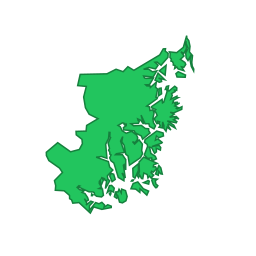 an SVG outline of Troms, rotated 155°
{"feature_id": "NOR-900", "entity_name": "Troms", "entity_type": "County", "adm_level": 1, "iso_a3": "NOR", "parent_name": "Norway", "parent_adm1": "", "projection": "albers", "projection_center": [18.955, 69.32], "detail": "fine", "context": "isolated", "style": "filled", "palette": "green", "viewbox_px": 256, "rotation_deg": 155, "n_neighbors": 0, "source": "natural_earth", "source_scale": "10m", "svg_char_len": 5818}
<svg xmlns="http://www.w3.org/2000/svg" viewBox="0 0 256 256"><g transform="rotate(155 128 128)"><path d="M164.4,147.8L151.2,149.1L157.4,156.9L158.0,164.4L155.1,174.8L148.2,183.3L155.7,187.7L148.7,196.8L124.2,186.0L114.0,186.3L108.6,181.1L102.2,183.6L98.3,177.8L68.4,180.8L62.6,184.8L60.5,184.0L61.8,182.0L60.1,178.7L61.9,175.2L71.5,170.9L73.8,175.5L75.8,176.2L74.2,172.2L78.1,169.9L83.4,174.1L89.1,174.7L84.4,172.5L82.1,168.6L77.8,167.6L83.7,163.6L91.9,168.5L91.9,166.4L90.8,165.4L83.9,162.5L90.2,158.2L93.8,159.7L93.2,158.2L90.2,156.7L90.6,155.3L83.0,157.6L85.8,153.3L84.7,150.8L89.7,144.1L88.5,143.1L89.3,142.3L101.8,139.9L99.7,138.2L100.7,134.5L97.7,134.0L98.1,130.5L101.6,125.8L102.7,121.9L102.1,118.3L104.8,116.2L107.8,120.3L107.3,123.1L110.7,124.6L110.7,134.2L112.3,125.0L113.2,129.6L115.4,132.2L115.7,130.5L115.0,129.3L116.5,127.9L123.5,130.6L122.0,127.6L114.8,124.7L112.6,120.3L109.6,118.6L110.4,116.7L110.1,114.2L119.5,111.7L119.3,115.2L123.4,120.5L123.5,122.8L132.7,128.1L132.0,130.3L128.6,130.9L127.6,132.9L129.5,131.5L130.0,133.0L129.4,133.7L130.8,135.0L136.0,134.6L134.5,132.4L134.4,127.8L131.9,124.0L126.2,123.5L123.2,118.0L123.3,115.0L124.9,113.1L128.0,111.8L129.7,113.8L128.8,110.6L123.0,112.6L121.8,107.3L125.2,101.7L125.6,98.7L129.3,95.8L142.4,93.7L139.8,102.5L141.1,105.2L138.8,113.9L139.4,118.2L136.4,122.5L140.3,119.3L141.5,107.3L149.4,109.6L150.7,109.1L144.4,106.2L143.4,100.3L147.8,90.9L146.9,96.5L147.9,96.2L151.6,83.8L151.7,88.1L152.5,89.7L152.4,85.0L154.0,81.9L157.7,87.3L155.6,102.2L157.3,105.5L157.2,108.7L154.7,110.8L155.5,111.9L154.7,113.9L155.0,116.1L153.4,117.3L152.4,122.7L147.8,126.7L148.3,127.6L146.2,131.6L147.0,132.1L150.0,126.8L155.1,122.7L159.9,109.4L164.1,113.4L169.2,115.0L160.0,105.9L161.1,100.4L159.5,96.3L166.9,93.4L167.8,90.5L166.9,87.8L174.1,82.7L169.4,89.6L170.9,90.1L170.7,92.0L172.7,94.1L173.4,93.4L172.0,91.5L176.1,87.8L176.4,89.3L175.2,92.4L176.5,91.8L177.5,89.9L177.0,85.5L179.8,85.4L176.9,83.6L178.7,77.4L181.1,76.7L185.3,79.4L186.5,81.7L185.9,83.7L186.7,84.8L190.4,86.7L198.1,95.8L196.3,95.9L196.9,96.5L199.2,95.7L198.0,92.7L194.4,89.7L196.9,89.1L194.7,86.8L194.0,82.1L194.3,79.4L196.6,79.1L197.4,82.4L197.1,76.9L198.6,75.8L192.6,77.4L190.9,75.7L195.8,73.8L197.9,69.5L188.9,74.1L186.3,71.6L183.1,71.7L181.8,68.1L183.2,66.3L178.8,67.0L176.2,64.2L176.8,63.0L186.1,65.3L192.5,71.0L198.1,66.8L203.9,81.1L209.8,83.2L209.5,86.8L210.8,88.6L209.5,91.6L212.4,98.1L220.2,102.3L217.9,106.3L216.9,111.4L206.2,115.4L207.0,120.6L213.5,131.9L213.6,137.5L212.3,140.5L197.9,144.4L190.1,130.7L181.2,129.1L176.0,133.0L174.5,137.2L177.8,143.7L176.5,146.9L167.3,142.9L164.4,147.8ZM100.0,119.7L100.4,125.3L96.2,127.1L96.2,130.6L97.2,132.1L95.0,133.0L98.2,136.5L97.7,137.4L85.0,139.6L86.1,136.2L84.7,136.3L77.3,144.4L76.5,146.7L77.9,147.2L75.6,149.4L73.4,149.0L76.0,145.1L75.3,144.2L68.0,146.1L66.8,143.7L68.0,141.5L69.9,142.7L69.9,141.1L74.0,140.8L74.1,138.8L77.1,136.0L70.2,136.2L70.8,134.8L69.8,134.3L75.0,134.0L76.6,132.1L75.6,132.4L75.2,129.7L73.9,131.1L72.5,130.5L73.2,129.0L70.6,128.9L76.3,128.2L74.2,125.7L75.9,125.2L75.3,124.5L70.1,124.5L71.4,122.2L80.1,122.4L83.1,124.4L80.3,121.0L85.7,120.1L79.4,118.1L78.1,114.6L81.2,117.6L81.0,116.2L83.2,116.2L81.0,113.2L82.1,112.3L89.4,117.8L85.3,111.2L85.2,107.9L89.8,114.5L90.7,113.7L90.0,108.0L92.2,112.3L94.9,109.0L95.7,112.6L94.4,115.0L94.0,118.9L96.9,113.6L99.6,115.6L97.8,116.5L97.9,118.8L96.7,120.3L98.3,121.6L98.9,119.5L100.0,119.7ZM44.4,152.0L44.6,157.1L42.9,163.8L39.9,167.6L45.1,163.8L45.6,167.1L44.1,171.4L39.8,174.9L39.7,179.9L38.6,182.1L40.3,180.7L40.8,176.5L42.0,174.9L45.9,172.0L47.8,174.8L46.8,169.6L51.5,168.1L48.7,163.3L48.8,161.2L51.7,159.4L53.6,160.8L53.1,156.3L57.6,160.3L58.0,162.7L60.6,162.2L58.9,164.6L60.4,166.0L59.6,167.3L59.6,169.4L60.8,170.5L59.6,172.3L60.2,174.2L58.3,177.6L58.3,179.5L52.0,175.7L43.8,177.7L35.8,186.9L36.7,184.5L36.0,181.5L37.3,175.8L40.2,171.0L38.9,166.4L42.4,160.6L43.6,157.0L43.5,153.6L44.4,152.0ZM123.1,92.1L124.6,96.7L118.1,103.0L117.5,105.0L119.1,108.0L117.4,110.3L103.2,113.1L98.3,108.7L99.2,105.8L104.3,106.2L105.6,108.8L108.3,105.4L105.6,105.5L103.1,100.5L103.8,100.1L114.1,101.1L107.2,99.1L106.6,96.5L108.0,94.3L110.9,97.7L112.3,94.4L114.6,93.8L114.9,100.3L117.3,102.1L116.7,100.8L118.0,95.3L115.2,90.8L115.3,88.0L118.8,88.0L119.7,89.5L119.2,90.9L123.1,92.1ZM137.3,80.4L139.4,78.6L139.7,80.9L136.3,83.3L132.3,92.5L126.1,95.0L116.5,83.6L120.3,83.8L121.5,82.1L119.4,81.2L119.4,78.9L123.9,77.3L124.9,78.8L126.0,77.8L124.7,74.4L128.2,72.9L128.8,75.3L131.0,74.3L130.2,77.7L132.7,80.5L136.1,75.8L137.1,76.5L137.3,80.4ZM166.4,72.7L166.0,75.2L164.0,74.3L162.0,76.3L161.6,71.9L159.6,75.3L156.7,72.3L157.7,66.3L160.6,62.9L164.7,62.5L167.0,64.4L165.9,71.1L166.4,72.7ZM146.8,69.3L151.0,71.7L146.8,75.5L141.9,75.0L139.8,66.5L136.0,62.1L139.3,59.2L142.8,67.8L144.5,64.6L146.8,69.3ZM142.9,79.6L144.0,81.7L140.7,89.4L133.8,91.2L136.5,85.2L142.9,79.6ZM77.4,157.9L77.9,155.9L80.3,156.2L83.3,160.0L77.6,165.0L74.3,156.3L79.2,160.4L77.4,157.9ZM54.7,149.8L62.0,153.5L61.6,157.0L58.7,157.8L53.5,151.7L54.7,149.8ZM72.0,160.2L75.5,166.6L67.0,168.7L72.0,160.2ZM129.0,65.7L128.6,70.4L127.3,71.8L123.0,69.2L125.5,68.7L126.4,65.6L125.3,63.1L127.2,61.9L128.2,62.2L129.0,65.7ZM115.1,78.0L116.4,71.7L117.8,72.7L118.4,75.7L120.5,72.4L122.5,74.7L115.9,81.0L115.1,78.0ZM170.7,78.9L174.1,78.3L169.2,83.6L167.1,82.9L165.9,79.3L168.2,76.1L170.7,78.9ZM165.1,86.1L164.9,92.3L162.5,94.0L160.5,92.2L161.3,86.8L165.1,86.1ZM83.1,144.8L87.0,144.2L83.0,150.7L81.1,150.2L83.1,144.8ZM137.0,71.9L131.8,71.9L131.2,70.8L133.0,68.4L137.0,71.9ZM169.4,71.5L167.3,74.1L166.4,70.8L167.9,69.0L169.4,71.5ZM172.5,74.7L172.7,76.3L170.5,77.4L171.4,75.5L172.5,74.7ZM188.0,82.2L188.9,81.7L189.7,82.1L188.8,83.6L188.0,82.2ZM145.0,78.6L146.1,77.9L147.3,78.5L146.2,79.1L145.0,78.6Z" fill="#22c55e" stroke="#15803d" stroke-width="1.5"/></g></svg>